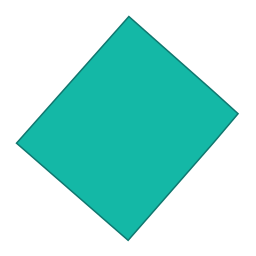 outline of Runnels, Texas, United States of America, rotated 221°
{"feature_id": "52423323B92139575394667", "entity_name": "Runnels", "entity_type": "district", "adm_level": 2, "iso_a3": "USA", "parent_name": "United States of America", "parent_adm1": "Texas", "projection": "albers", "projection_center": [-100.016, 31.83], "detail": "fine", "context": "isolated", "style": "filled", "palette": "teal", "viewbox_px": 256, "rotation_deg": 221, "n_neighbors": 0, "source": "geoboundaries", "source_scale": "gbopen_adm2", "svg_char_len": 259}
<svg xmlns="http://www.w3.org/2000/svg" viewBox="0 0 256 256"><g transform="rotate(221 128 128)"><path d="M200.5,212.7L202.2,43.4L77.9,43.3L54.2,43.3L53.8,173.8L54.3,211.0L89.3,211.7L200.5,212.7Z" fill="#14b8a6" stroke="#0f766e" stroke-width="1.5"/></g></svg>